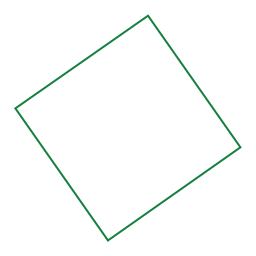 Mahnomen, Minnesota, United States of America (Mercator projection), rotated 145°
{"feature_id": "52423323B48035843667000", "entity_name": "Mahnomen", "entity_type": "district", "adm_level": 2, "iso_a3": "USA", "parent_name": "United States of America", "parent_adm1": "Minnesota", "projection": "mercator", "projection_center": [-95.81, 47.326], "detail": "fine", "context": "isolated", "style": "outline", "palette": "green", "viewbox_px": 256, "rotation_deg": 145, "n_neighbors": 0, "source": "geoboundaries", "source_scale": "gbopen_adm2", "svg_char_len": 231}
<svg xmlns="http://www.w3.org/2000/svg" viewBox="0 0 256 256"><g transform="rotate(145 128 128)"><path d="M47.0,47.7L47.2,208.5L209.0,208.7L208.9,47.3L208.1,47.4L47.0,47.7Z" fill="none" stroke="#15803d" stroke-width="2"/></g></svg>